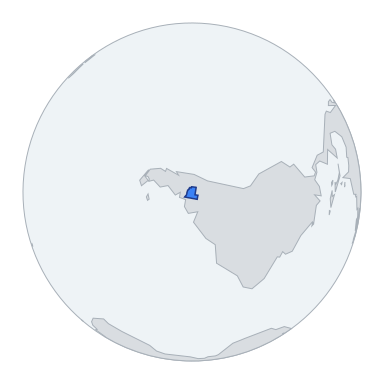 La Pampa highlighted on a globe, orthographic projection, rotated 99°
{"feature_id": "ARG-1296", "entity_name": "La Pampa", "entity_type": "Province", "adm_level": 1, "iso_a3": "ARG", "parent_name": "Argentina", "parent_adm1": "", "projection": "orthographic", "projection_center": [-66.048, -37.163], "detail": "fine", "context": "on_globe", "style": "filled", "palette": "blue", "viewbox_px": 384, "rotation_deg": 99, "n_neighbors": 0, "source": "natural_earth", "source_scale": "10m", "svg_char_len": 4102}
<svg xmlns="http://www.w3.org/2000/svg" viewBox="0 0 384 384"><g transform="rotate(99 192 192)"><circle cx="192" cy="192" r="169" fill="#eef3f6" stroke="#a8b0b8"/><path d="M165.7,25.1L166.6,25.0L168.7,24.7L182.6,23.3L196.6,23.1L210.5,24.1L203.3,23.6L191.3,23.2L181.8,24.2L193.9,23.4L195.2,24.2L197.9,24.4L201.3,24.5L203.1,24.2L204.8,24.7L193.5,25.3L191.8,24.8L195.4,24.5L189.7,24.6L182.1,25.7L183.4,26.4L170.5,28.7L171.3,29.4L168.9,30.5L168.6,29.1L168.9,31.9L154.0,37.8L154.2,45.2L147.6,40.5L141.3,41.3L133.6,43.4L133.5,44.6L123.6,46.8L114.0,52.7L109.7,60.4L112.4,64.8L123.5,61.2L127.3,56.9L135.7,53.9L128.8,64.7L143.4,62.6L141.4,70.7L145.6,74.1L153.0,71.7L160.7,72.7L166.5,67.1L175.6,63.8L175.6,70.5L180.8,64.1L185.8,67.1L204.1,66.9L202.6,68.4L218.0,77.7L234.8,83.7L238.8,89.9L236.7,93.1L242.6,95.2L242.7,97.6L266.2,107.2L278.2,117.6L277.8,126.6L267.7,134.1L258.5,156.6L240.4,160.8L235.7,171.0L221.6,185.8L210.6,183.2L213.7,192.3L207.6,197.2L200.5,197.1L199.3,203.5L194.1,203.5L197.6,208.0L189.4,216.7L192.1,224.2L186.2,231.7L188.2,236.3L185.8,236.2L183.5,238.0L183.4,240.7L176.0,236.8L173.5,226.7L175.8,221.4L172.7,220.8L177.5,207.9L174.3,210.6L174.3,192.7L178.6,178.4L180.6,141.7L176.8,135.2L163.7,128.8L147.9,108.5L152.0,99.2L148.6,95.9L159.6,83.0L156.9,73.8L153.0,73.1L149.1,77.2L136.1,74.1L131.9,68.6L94.4,72.8L91.1,72.0L91.9,67.8L84.1,63.8L85.3,70.8L81.4,71.4L79.1,70.1L81.5,67.8L81.6,65.0L78.7,66.8L79.8,65.7L89.0,58.0L98.9,51.0L109.1,44.8L119.8,39.2L130.9,34.5L142.3,30.5L153.9,27.4L165.7,25.1ZM152.9,48.3L169.6,50.5L159.8,52.3L161.7,51.1L157.5,49.8L149.7,49.5L141.2,52.2L152.9,48.3ZM161.2,42.4L158.2,42.5L161.2,42.1L161.2,42.4ZM188.5,245.5L176.7,238.3L183.3,241.4L187.4,237.1L193.7,242.9L188.5,245.5ZM200.8,235.1L205.8,233.2L207.2,234.6L204.0,236.3L200.8,235.1ZM348.3,256.3L348.2,255.6L343.1,265.6L342.5,264.2L339.1,269.1L335.8,270.9L332.1,269.9L331.2,259.4L335.1,254.0L340.7,239.5L350.1,209.8L354.6,202.2L356.2,193.3L355.1,167.9L355.6,159.9L354.3,153.7L352.2,150.4L350.2,143.2L348.5,140.5L335.0,128.0L328.3,116.8L314.2,92.3L314.8,87.7L310.5,79.8L311.3,72.4L319.8,81.5L327.6,91.2L334.6,101.4L340.9,112.1L346.4,123.3L351.0,134.8L354.8,146.7L357.7,158.7L359.7,171.0L360.7,183.4L360.9,195.8L360.2,208.2L358.5,220.5L356.0,232.7L352.6,244.6L348.3,256.3ZM316.6,78.8L318.0,80.8L316.6,78.8ZM204.6,66.9L206.8,68.3L203.9,68.2L204.6,66.9ZM158.2,54.7L161.8,54.4L163.7,55.0L160.9,55.7L158.2,54.7ZM189.1,52.5L193.3,52.9L188.8,53.4L189.1,52.5ZM172.3,50.9L185.7,52.4L177.0,54.4L168.5,53.8L174.5,52.8L172.3,50.9ZM159.1,45.3L161.3,45.4L160.5,46.4L159.1,45.3ZM163.3,42.1L162.4,42.3L161.4,41.8L163.3,42.1ZM195.9,24.1L196.8,24.1L200.2,24.3L198.5,24.4L195.9,24.1ZM215.8,25.1L218.0,25.8L215.2,25.2L213.3,25.2L205.1,24.1L210.5,24.1L209.5,24.1L215.8,25.1ZM195.6,23.3L200.2,23.6L194.9,23.3L195.6,23.3ZM271.0,340.7L267.4,342.4L269.4,341.2L271.0,340.7ZM335.3,281.5L335.8,280.7L337.0,278.7L335.3,281.5ZM83.6,320.9L82.5,319.4L87.4,323.1L93.8,327.7L99.0,332.0L83.6,320.9ZM79.3,317.2L74.9,313.4L72.5,311.4L73.9,312.4L71.3,309.0L81.3,318.2L79.3,317.2Z" fill="#d9dde1" stroke="#a8b0b8" stroke-width="1"/><path d="M194.3,188.6L194.3,188.1L194.3,185.6L195.8,185.7L197.1,185.7L198.4,185.7L198.4,186.5L198.4,187.2L198.3,188.5L198.3,189.8L198.3,190.5L198.3,191.2L198.2,192.4L198.2,193.8L198.2,195.4L198.1,197.0L198.1,198.5L197.9,198.4L197.7,198.3L197.4,198.1L197.2,197.9L196.9,197.8L196.9,197.7L196.7,197.5L196.6,197.4L196.4,197.3L195.6,197.0L194.8,196.9L194.7,196.9L194.1,196.8L193.8,196.9L193.7,196.9L193.4,196.9L193.2,196.8L192.9,196.9L192.7,196.8L192.5,196.7L192.4,196.7L192.2,196.7L191.6,196.6L191.3,196.6L191.2,196.6L190.9,196.6L190.8,196.4L190.7,196.3L190.7,196.2L190.4,196.1L190.2,195.9L189.9,195.8L189.7,195.7L189.4,195.3L189.4,195.2L189.1,195.2L188.9,195.2L188.7,195.3L188.4,195.2L188.2,194.8L188.1,194.7L187.9,194.7L187.8,194.3L187.8,194.2L188.0,194.0L188.1,193.9L188.1,193.7L188.0,193.4L187.9,193.4L186.9,193.2L186.8,191.1L186.8,189.4L186.7,189.1L186.7,188.9L186.7,188.7L186.8,188.6L189.4,188.6L189.6,188.6L190.6,188.6L192.0,188.6L194.2,188.6L194.3,188.6Z" fill="#3b82f6" stroke="#1e3a8a" stroke-width="1.5"/></g></svg>